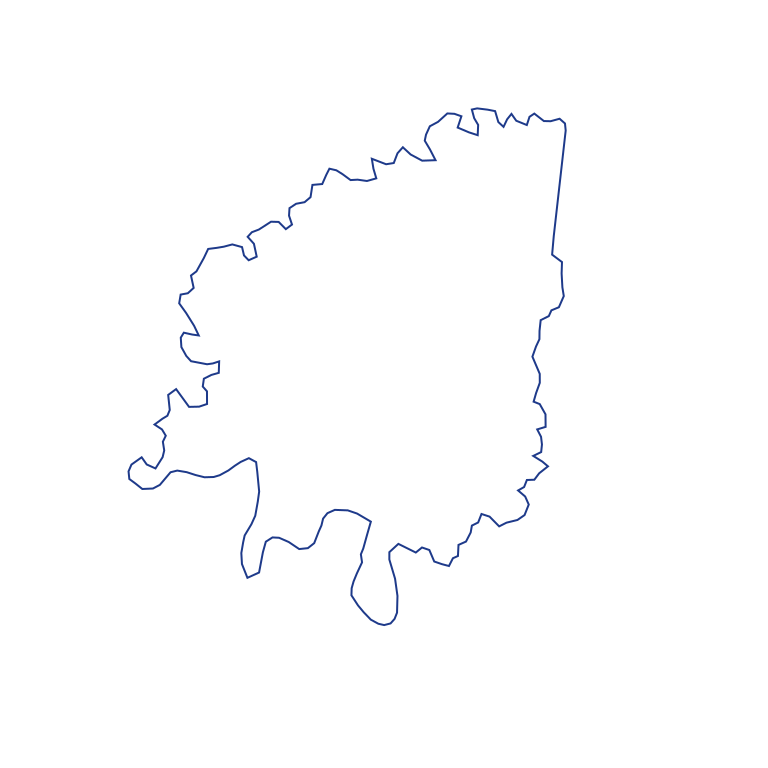 Borrazópolis, Paraná, Brazil, rotated 336°
{"feature_id": "56859067B75650491699958", "entity_name": "Borrazópolis", "entity_type": "district", "adm_level": 2, "iso_a3": "BRA", "parent_name": "Brazil", "parent_adm1": "Paraná", "projection": "natural_earth1", "projection_center": [-51.611, -23.953], "detail": "fine", "context": "isolated", "style": "outline", "palette": "blue", "viewbox_px": 768, "rotation_deg": 336, "n_neighbors": 0, "source": "geoboundaries", "source_scale": "gbopen_adm2", "svg_char_len": 2962}
<svg xmlns="http://www.w3.org/2000/svg" viewBox="0 0 768 768"><g transform="rotate(336 384 384)"><path d="M558.2,165.8L551.9,162.6L540.0,166.5L530.7,167.2L523.8,173.3L520.2,178.3L521.4,188.4L522.1,200.5L509.7,195.5L501.7,185.2L497.5,175.4L490.2,178.7L482.8,186.1L475.3,184.1L464.5,173.3L461.9,183.1L460.6,193.0L451.0,191.6L443.0,186.6L436.4,184.1L431.5,175.5L427.4,169.4L421.7,165.1L416.4,169.4L408.9,176.2L399.6,173.0L392.9,183.4L385.4,185.6L377.0,183.6L369.2,184.9L365.7,191.6L364.8,200.9L357.3,202.6L353.7,193.1L346.8,189.8L332.5,192.0L325.0,191.6L319.3,194.1L322.2,203.0L319.5,215.9L310.7,215.9L308.4,209.6L310.0,201.2L302.2,194.8L293.5,193.4L286.6,191.6L278.3,189.1L270.7,195.6L258.5,204.8L251.8,206.4L249.2,218.8L241.7,221.3L234.6,219.6L229.7,227.0L232.1,238.6L234.2,253.6L234.5,264.3L228.9,260.8L222.0,255.7L217.2,259.0L213.9,267.9L214.8,278.0L217.0,284.7L230.4,294.0L236.0,295.6L242.6,296.3L237.6,306.6L230.0,305.5L221.6,305.9L217.4,312.6L219.3,318.7L214.2,330.3L205.9,329.5L196.6,325.6L192.0,304.1L182.4,306.2L177.7,320.6L173.2,324.9L167.5,325.6L157.9,327.7L162.7,335.2L163.6,342.5L158.5,346.8L156.2,355.3L152.0,360.8L140.9,368.2L134.5,361.0L132.8,352.4L120.5,354.9L115.1,359.9L112.7,367.2L116.5,373.9L120.5,381.6L130.4,385.5L138.2,385.0L153.1,377.8L159.9,379.0L167.9,384.3L174.8,390.5L182.1,396.2L190.6,399.7L196.8,400.5L206.7,399.7L214.5,398.0L221.4,396.9L230.4,396.8L235.4,403.3L232.5,412.7L226.2,431.5L220.8,440.2L212.8,452.0L205.8,458.2L195.1,465.7L190.9,471.4L184.9,480.4L181.0,490.7L180.4,505.5L193.2,505.4L204.9,488.5L211.9,480.0L219.7,478.8L225.6,481.8L232.7,489.6L239.4,500.3L247.7,503.0L255.5,501.0L264.5,492.1L269.3,487.8L273.6,482.2L279.8,479.0L287.9,479.0L299.5,484.7L306.7,491.4L316.0,504.4L307.6,514.4L298.1,525.9L293.6,530.2L291.4,538.0L282.2,546.0L275.9,552.0L271.4,557.4L268.3,563.8L270.2,575.7L272.6,584.2L276.1,593.9L281.3,600.7L286.1,604.3L292.6,605.4L298.1,602.9L302.9,598.2L310.1,583.1L314.9,566.4L317.5,546.5L320.5,539.8L332.1,535.9L344.5,550.9L352.2,548.8L357.9,554.1L357.7,566.6L363.6,572.1L369.3,576.7L376.1,571.2L381.6,571.2L386.6,561.3L394.8,561.3L402.8,554.9L406.7,549.1L413.7,548.8L420.2,542.4L426.5,548.1L431.3,560.9L439.5,560.5L450.6,562.5L459.1,560.9L467.2,553.0L467.2,544.2L463.2,535.8L470.1,535.1L475.5,529.8L482.4,532.6L489.4,528.7L500.3,525.9L497.1,519.3L491.1,510.4L499.9,510.1L503.7,503.5L506.0,496.1L505.5,487.8L514.2,488.9L519.2,477.4L518.1,465.7L513.5,461.0L519.3,454.1L526.8,446.3L530.4,438.1L530.7,419.4L538.1,411.6L544.2,406.3L547.7,398.7L553.1,389.4L562.2,389.0L566.9,384.8L575.0,385.0L584.0,376.8L586.3,368.2L591.2,355.3L596.2,345.0L590.2,334.2L599.2,318.0L653.1,226.3L655.3,219.6L652.3,213.1L643.1,211.7L637.0,208.8L631.3,198.1L625.6,199.1L619.8,205.5L611.9,197.3L610.3,189.1L604.1,192.3L597.8,197.7L595.0,191.2L596.5,179.9L590.2,175.5L581.2,170.1L575.9,169.0L574.5,177.9L575.4,185.6L570.8,194.8L564.0,188.7L555.6,179.7L563.6,170.9L558.2,165.8Z" fill="none" stroke="#1e3a8a" stroke-width="2"/></g></svg>